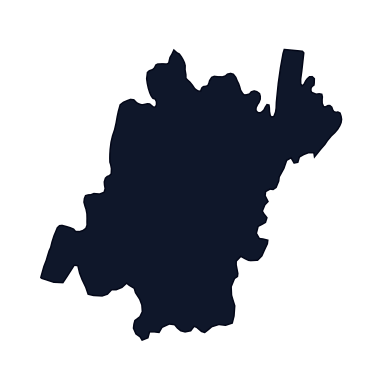 Staryya Darohi, Minsk, Belarus, rotated 97°
{"feature_id": "67162791B98065545782790", "entity_name": "Staryya Darohi", "entity_type": "district", "adm_level": 2, "iso_a3": "BLR", "parent_name": "Belarus", "parent_adm1": "Minsk", "projection": "equal_earth", "projection_center": [28.161, 53.049], "detail": "fine", "context": "isolated", "style": "filled", "palette": "ink", "viewbox_px": 384, "rotation_deg": 97, "n_neighbors": 0, "source": "geoboundaries", "source_scale": "gbopen_adm2", "svg_char_len": 3688}
<svg xmlns="http://www.w3.org/2000/svg" viewBox="0 0 384 384"><g transform="rotate(97 192 192)"><path d="M329.5,164.2L329.9,162.3L326.3,158.7L323.3,156.0L320.2,149.2L320.2,142.5L317.2,136.1L310.0,135.2L299.8,135.7L293.8,138.4L289.6,140.2L281.2,141.6L272.7,139.3L270.3,136.6L267.3,136.6L258.9,139.3L255.3,139.7L249.9,135.7L251.7,131.2L252.9,127.6L252.9,125.3L251.7,118.6L246.9,114.9L240.9,113.1L234.2,110.9L230.6,110.9L230.0,115.8L230.0,119.5L225.2,123.1L218.0,122.2L215.6,118.6L213.2,115.4L208.4,114.5L204.8,118.1L202.4,119.9L195.8,118.1L192.2,115.4L186.8,119.0L182.6,119.0L179.6,114.9L179.6,111.8L177.2,109.1L170.6,107.3L166.4,107.3L157.4,103.7L149.0,101.9L146.0,97.8L150.8,94.2L149.6,90.6L144.2,89.7L141.2,85.7L138.8,81.2L138.2,75.8L142.2,74.7L138.7,72.5L133.5,69.3L128.5,65.9L124.5,63.9L119.5,60.7L115.5,57.4L112.0,55.1L108.2,53.4L105.0,52.5L101.7,52.4L98.6,53.3L95.6,54.7L94.8,57.0L95.4,58.6L95.0,61.0L93.3,62.4L90.8,63.6L89.4,65.7L89.6,67.5L91.3,70.0L91.3,71.8L88.1,73.6L84.6,74.1L81.7,74.2L79.2,75.1L79.0,77.6L79.8,80.8L78.5,85.4L76.7,86.4L74.4,86.5L72.7,85.8L71.0,84.0L68.7,84.0L64.6,84.4L62.9,86.7L63.3,89.4L65.6,91.4L67.9,92.7L71.3,93.9L73.3,95.7L71.3,97.3L66.7,97.9L58.5,97.8L40.3,98.0L38.9,99.5L38.9,102.5L38.9,103.4L39.3,117.8L43.3,118.5L57.7,119.3L73.5,119.6L83.5,119.4L92.6,119.2L98.4,118.7L102.5,118.8L107.0,119.9L107.9,122.0L106.8,123.6L102.7,124.9L99.0,125.5L96.3,126.2L96.1,128.2L98.9,129.6L101.8,130.6L103.8,132.2L105.1,133.9L105.1,136.5L103.2,138.5L100.4,138.7L96.9,137.5L95.1,136.5L91.5,135.6L88.7,135.9L86.1,137.0L84.5,139.9L84.1,142.6L85.4,145.4L87.7,146.8L89.0,150.1L89.3,152.2L87.9,153.9L85.0,156.2L82.0,157.4L78.9,158.9L76.2,160.7L72.9,162.5L70.1,165.3L69.6,168.1L70.7,171.2L72.7,172.9L74.0,175.7L74.5,180.2L74.5,184.0L75.8,186.4L79.3,188.1L81.6,188.4L84.3,189.2L85.3,190.8L86.0,193.5L87.3,194.8L88.9,195.3L90.8,195.7L91.1,197.7L90.3,199.9L89.0,202.0L86.0,204.6L83.2,207.5L81.6,209.8L79.9,211.9L76.2,212.4L71.5,213.8L67.4,214.2L64.6,215.3L62.0,216.9L59.3,218.9L56.6,221.4L55.6,224.0L53.3,227.3L57.7,228.7L61.1,230.2L63.6,230.5L66.9,230.8L68.1,232.7L68.4,236.9L69.2,241.7L70.3,243.3L73.4,244.4L75.3,246.0L76.9,249.2L78.8,250.8L85.1,250.8L89.6,249.6L94.2,248.0L98.6,246.0L101.3,244.4L103.2,242.8L103.8,242.1L104.2,239.9L106.7,238.3L109.6,237.9L111.7,238.5L112.7,240.1L111.7,241.8L109.8,244.7L109.8,246.9L110.7,249.4L111.5,251.8L111.5,253.4L110.9,255.9L110.1,257.9L107.6,261.0L107.6,264.3L109.2,267.4L111.3,271.0L114.2,273.9L120.9,274.9L126.5,275.4L132.6,275.7L139.6,276.4L145.9,277.7L152.4,278.4L159.6,278.4L164.4,278.1L168.4,277.7L172.4,277.1L174.8,276.0L178.6,274.8L183.8,274.4L185.9,276.0L186.9,278.0L188.8,279.6L192.6,280.3L195.7,279.7L199.2,278.6L203.0,279.2L205.3,283.5L205.5,289.2L207.1,292.1L207.5,294.6L208.6,297.2L211.5,298.0L215.2,298.0L219.2,296.4L222.1,295.0L226.5,293.6L231.3,292.9L234.2,292.6L237.7,292.1L241.0,292.9L243.5,295.5L245.0,298.7L245.4,302.8L243.3,305.0L242.3,308.5L241.6,312.5L241.0,316.9L241.6,319.4L243.9,321.3L248.7,322.6L252.2,323.6L258.5,324.8L264.3,325.5L267.8,326.6L273.9,327.7L277.6,328.3L283.9,329.9L294.3,331.5L295.4,331.6L296.0,330.6L298.4,318.2L297.7,309.1L290.5,305.5L279.0,300.0L279.0,296.3L286.3,293.6L292.3,290.4L299.5,285.8L306.1,282.6L306.7,277.2L306.1,268.5L303.7,263.5L298.8,259.9L298.2,255.3L295.2,249.9L290.4,245.8L292.2,243.0L294.6,237.6L298.8,235.8L304.8,230.8L310.2,228.0L316.8,226.7L322.2,228.5L326.5,233.0L330.1,233.5L334.3,233.5L339.7,230.3L342.1,225.8L345.1,223.5L342.1,218.0L336.0,217.1L335.4,212.2L335.4,207.6L330.0,205.3L325.8,198.5L325.8,193.1L328.8,189.9L331.1,186.3L331.7,181.8L329.9,176.4L325.1,173.6L325.7,170.9L329.3,165.5L329.5,164.2Z" fill="#0f172a" stroke="#020617" stroke-width="1.5"/></g></svg>